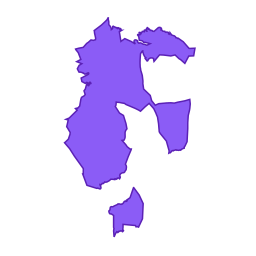 outline of Heroica Ciudad de Huajuapan de León, Oaxaca, Mexico, rotated 183°
{"feature_id": "50627088B27284729610040", "entity_name": "Heroica Ciudad de Huajuapan de León", "entity_type": "district", "adm_level": 2, "iso_a3": "MEX", "parent_name": "Mexico", "parent_adm1": "Oaxaca", "projection": "orthographic", "projection_center": [-97.814, 17.883], "detail": "fine", "context": "isolated", "style": "filled", "palette": "violet", "viewbox_px": 256, "rotation_deg": 183, "n_neighbors": 0, "source": "geoboundaries", "source_scale": "gbopen_adm2", "svg_char_len": 5883}
<svg xmlns="http://www.w3.org/2000/svg" viewBox="0 0 256 256"><g transform="rotate(183 128 128)"><path d="M67.3,150.8L67.1,155.3L67.8,159.8L72.7,158.1L79.6,156.4L83.0,155.3L86.6,155.4L90.9,155.0L98.6,153.9L102.0,152.2L105.8,156.5L107.5,161.7L114.4,167.7L115.5,173.2L115.5,174.7L115.6,176.0L116.5,181.3L117.4,183.9L118.3,186.3L118.7,188.6L119.0,189.4L119.4,193.4L119.5,196.9L119.4,202.8L118.0,205.2L117.7,205.6L117.3,205.7L117.3,204.6L116.6,203.3L116.5,202.6L114.9,199.8L113.8,199.0L114.5,198.3L112.4,195.9L111.7,196.3L111.3,197.6L111.0,197.9L109.5,199.0L109.1,199.2L108.1,199.2L106.9,199.1L106.0,198.6L106.0,197.6L105.5,195.8L100.3,202.7L96.1,202.7L89.0,202.2L84.8,203.4L80.7,199.9L79.0,199.0L74.6,195.5L71.1,203.0L66.2,203.5L65.3,211.2L70.4,210.7L71.3,210.8L77.3,217.0L82.6,220.3L83.1,220.0L83.8,220.6L84.9,220.7L84.9,220.9L85.1,221.2L85.5,221.8L86.0,222.0L86.6,222.5L87.0,222.5L89.6,223.3L89.5,223.6L89.7,223.9L90.0,224.0L90.9,225.2L90.9,224.5L91.7,223.7L92.5,224.2L92.4,225.0L92.6,225.5L94.3,225.9L95.1,225.5L95.9,225.8L96.3,226.5L98.3,226.5L99.0,227.1L99.2,227.6L99.5,227.7L100.2,227.7L99.8,229.2L100.3,229.7L100.8,229.6L101.3,230.2L101.5,230.2L102.9,229.9L107.1,225.8L107.7,226.0L108.4,225.9L108.7,226.3L109.3,226.7L110.0,226.5L110.3,226.8L111.0,226.7L111.3,227.4L112.0,227.9L112.8,227.6L113.0,227.6L112.8,228.5L113.4,228.7L113.7,229.2L114.0,229.3L115.1,227.4L114.3,225.7L114.6,225.7L115.7,226.7L116.5,226.7L116.8,226.5L116.9,225.6L116.7,225.2L116.8,225.0L116.9,224.9L117.7,225.3L118.8,225.2L119.2,224.2L119.6,223.9L121.5,224.1L121.8,224.0L121.9,223.7L121.7,223.5L120.0,223.2L119.9,223.1L119.9,222.8L120.6,222.4L121.1,221.6L122.6,222.1L123.2,221.8L123.3,221.4L123.1,221.1L122.5,220.6L121.8,218.9L121.8,218.2L121.6,217.9L121.4,216.6L121.2,216.2L118.6,215.9L117.6,215.3L117.0,214.4L116.5,214.3L115.5,214.5L110.3,213.4L113.2,211.8L113.8,211.7L115.6,212.4L117.0,212.4L119.7,213.6L120.8,213.6L121.3,213.3L121.9,213.4L122.3,213.8L122.7,214.3L123.1,215.6L123.8,216.1L124.7,216.4L125.8,216.3L126.3,215.8L126.5,215.2L126.5,214.6L126.3,214.1L125.1,212.3L129.2,214.5L135.9,217.1L139.6,214.1L141.7,223.7L139.4,225.2L140.9,225.1L141.2,225.7L140.6,225.9L140.2,226.4L140.4,226.6L141.2,227.1L142.6,227.1L142.8,226.9L143.1,226.9L142.9,227.6L143.3,227.7L143.6,227.5L144.0,226.9L144.1,227.0L144.2,227.5L145.1,227.5L145.4,227.9L146.1,227.8L146.4,228.2L147.0,228.3L148.0,228.9L148.6,228.6L148.6,227.5L148.5,227.0L148.7,226.6L149.0,226.3L149.0,226.0L149.8,225.4L149.9,226.5L151.0,228.6L152.4,230.0L152.6,230.7L152.7,232.9L153.4,235.7L153.4,237.5L154.7,234.9L156.9,232.5L159.9,229.4L166.9,223.5L166.6,222.6L166.4,221.1L165.0,216.0L165.1,214.5L167.1,213.7L169.6,214.0L172.0,211.6L173.7,210.3L176.9,206.2L181.4,205.1L184.5,204.1L184.2,203.5L181.6,200.6L178.7,194.0L182.7,191.6L177.5,189.8L180.1,188.0L181.7,184.5L181.2,183.5L179.8,181.2L178.5,181.3L175.9,180.8L175.6,180.3L175.0,180.3L174.2,179.6L173.5,179.6L171.5,180.6L170.7,181.1L170.3,181.0L170.1,180.5L170.1,180.1L170.4,179.5L177.4,175.4L176.5,172.0L173.0,170.3L171.7,171.4L171.1,171.3L169.7,170.3L169.4,170.4L169.1,171.2L168.6,171.7L168.1,171.7L167.5,171.0L167.4,170.5L168.4,170.1L169.0,169.2L169.4,168.3L169.9,168.2L170.4,168.6L170.4,169.5L170.7,170.1L171.2,169.9L171.8,168.7L172.7,164.6L173.9,162.8L172.5,159.2L173.4,157.9L176.0,156.2L176.6,154.2L177.4,147.4L179.4,145.0L179.6,145.3L181.5,144.7L179.8,143.0L187.2,134.9L190.4,133.4L188.1,132.9L189.3,126.0L188.8,125.5L185.5,120.5L185.6,118.6L187.0,113.7L189.9,110.6L190.6,110.0L185.2,104.3L180.0,97.0L170.5,85.1L170.3,79.7L170.8,79.7L166.0,68.6L156.0,66.1L155.3,66.4L154.5,66.1L153.8,66.1L153.2,65.7L152.3,65.8L152.0,66.2L151.9,67.5L153.1,69.9L153.0,70.2L152.5,69.9L151.8,69.9L151.5,70.1L151.4,70.2L151.1,71.1L150.8,71.4L149.6,71.3L148.4,72.9L147.6,72.7L146.2,73.0L143.8,74.5L142.4,76.0L141.0,75.9L140.3,76.1L139.3,75.8L138.8,76.2L138.3,75.8L138.1,76.0L138.1,76.6L137.0,76.4L136.7,76.3L136.1,77.3L135.5,77.1L135.2,77.5L134.7,77.6L134.3,77.6L133.7,76.9L133.2,78.0L133.1,78.7L133.3,79.0L133.6,79.2L133.8,79.9L133.7,80.3L133.4,80.8L133.6,81.3L132.3,82.4L131.1,83.0L130.5,83.2L129.9,83.1L129.0,83.9L128.4,85.3L127.7,86.2L127.5,88.5L127.6,89.6L127.9,90.5L128.7,91.7L126.3,99.4L123.7,106.5L123.6,107.2L124.8,107.1L127.8,109.2L129.3,111.2L133.3,115.3L131.3,115.7L130.7,117.2L130.4,118.8L130.7,123.4L130.2,125.4L129.0,127.1L130.3,132.4L133.2,140.3L137.3,142.5L141.8,148.8L141.2,150.2L141.1,153.3L139.9,153.1L138.1,153.1L135.4,152.7L132.8,152.4L131.3,151.4L122.2,148.1L118.4,146.5L116.4,145.4L112.1,150.0L108.2,153.7L103.3,148.7L100.9,144.3L100.3,142.9L99.1,140.5L97.7,133.8L96.6,125.8L95.6,124.3L89.0,117.0L85.7,107.2L85.9,105.1L85.6,105.3L84.6,105.4L83.5,106.6L83.5,107.1L83.0,107.3L82.4,107.8L81.7,107.5L81.4,107.7L81.1,108.1L80.0,108.2L79.4,108.7L78.9,108.6L78.6,108.7L78.1,108.3L77.4,108.5L76.3,108.3L75.6,108.5L74.9,108.8L74.5,108.8L74.4,108.6L74.1,108.7L73.9,109.1L73.4,109.4L73.2,109.7L71.8,110.4L71.5,110.7L70.8,110.8L70.8,112.0L70.2,112.8L68.3,117.4L68.3,130.4L68.6,136.5L68.5,143.6L67.5,149.0L67.3,150.8ZM112.5,29.0L108.8,38.1L108.9,53.3L113.3,61.6L119.2,68.8L119.4,68.7L122.3,58.5L125.5,56.0L125.1,55.3L125.3,55.0L126.0,54.6L126.3,54.5L126.6,54.6L126.9,55.0L128.0,54.3L128.6,53.0L128.8,52.9L129.0,52.5L129.2,52.3L129.6,51.8L130.0,51.7L130.3,51.8L130.7,51.4L131.3,51.5L131.6,51.4L132.2,51.7L133.2,51.7L133.7,51.5L134.0,51.7L134.8,50.9L137.8,49.4L138.7,48.7L139.7,48.5L140.4,48.6L140.8,48.5L141.5,47.9L141.7,46.4L141.7,45.6L141.8,45.2L142.7,44.3L142.7,43.3L142.1,41.9L141.5,41.3L140.1,41.3L137.8,39.9L137.2,28.1L137.0,27.4L136.7,26.9L136.9,25.8L137.0,24.5L136.2,18.5L135.0,21.7L133.8,23.9L133.1,23.6L132.7,23.1L131.8,23.9L131.9,24.2L131.4,24.5L130.6,24.5L130.2,24.9L128.8,24.8L128.5,24.5L128.3,25.2L128.0,25.2L127.6,24.6L127.1,25.2L127.9,26.4L127.8,28.6L127.9,31.5L115.4,31.0L114.8,29.7L113.6,30.0L112.8,30.0L112.5,29.8L112.5,29.0Z" fill="#8b5cf6" stroke="#5b21b6" stroke-width="1.5"/></g></svg>